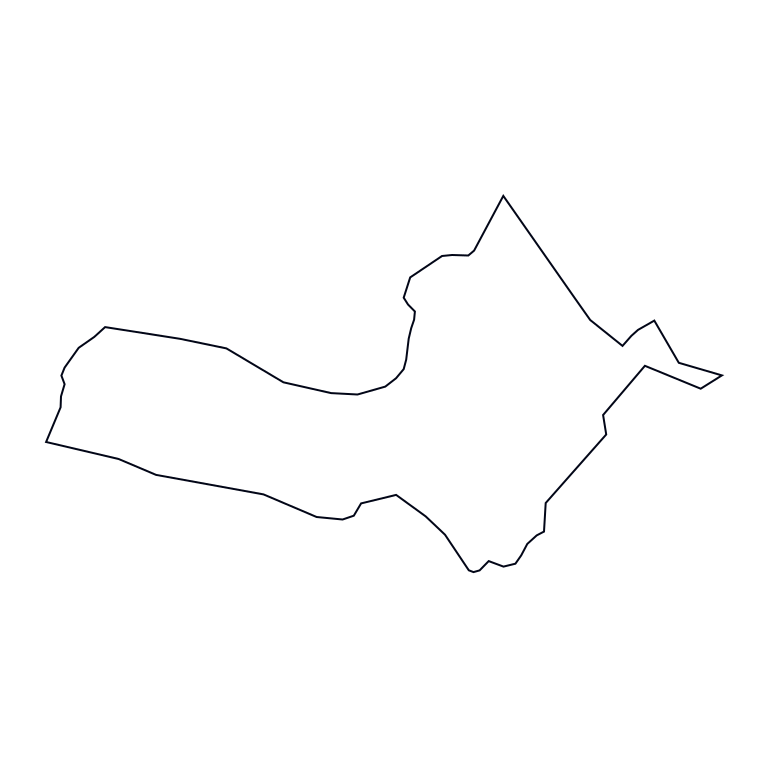 the Municipality of Ljutomer
{"feature_id": "SVN-265", "entity_name": "Ljutomer", "entity_type": "Municipality", "adm_level": 1, "iso_a3": "SVN", "parent_name": "Slovenia", "parent_adm1": "", "projection": "albers", "projection_center": [16.177, 46.529], "detail": "fine", "context": "isolated", "style": "outline", "palette": "ink", "viewbox_px": 768, "rotation_deg": 0, "n_neighbors": 0, "source": "natural_earth", "source_scale": "10m", "svg_char_len": 911}
<svg xmlns="http://www.w3.org/2000/svg" viewBox="0 0 768 768"><path d="M721.9,375.4L700.7,388.7L644.9,365.8L603.1,415.0L605.9,432.5L606.2,434.5L545.7,503.0L544.0,531.6L542.8,532.2L536.7,535.4L527.3,543.9L521.2,555.4L515.4,563.7L503.5,566.6L488.7,561.1L479.6,570.4L473.5,572.1L468.8,570.3L445.0,534.7L425.7,516.4L396.1,494.9L361.1,503.4L353.8,515.7L342.6,519.5L316.6,517.0L263.5,494.4L156.1,474.9L118.6,459.0L46.1,442.0L60.6,407.3L61.0,396.4L64.6,384.2L61.4,375.6L64.6,367.6L78.7,347.8L94.3,336.9L105.1,327.1L179.9,338.8L226.4,348.4L283.4,382.3L331.1,393.1L357.5,394.5L385.3,386.6L396.1,378.2L403.7,369.1L406.2,359.6L408.7,338.7L411.2,328.2L414.1,319.7L414.9,311.5L408.0,304.5L403.7,297.7L410.2,277.4L442.0,256.0L452.1,255.0L468.3,255.5L474.1,250.6L503.3,195.9L574.9,298.3L590.2,320.0L622.5,345.9L631.4,335.8L638.0,329.9L654.3,320.6L678.8,362.8L721.9,375.4Z" fill="none" stroke="#020617" stroke-width="2"/></svg>